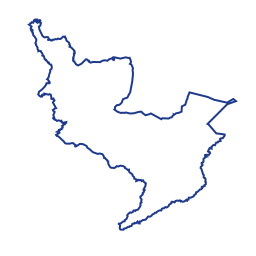 Zacualpan, México, Mexico (Robinson projection), rotated 94°
{"feature_id": "50627088B66940099023343", "entity_name": "Zacualpan", "entity_type": "district", "adm_level": 2, "iso_a3": "MEX", "parent_name": "Mexico", "parent_adm1": "México", "projection": "robinson", "projection_center": [-99.827, 18.714], "detail": "fine", "context": "isolated", "style": "outline", "palette": "blue", "viewbox_px": 256, "rotation_deg": 94, "n_neighbors": 0, "source": "geoboundaries", "source_scale": "gbopen_adm2", "svg_char_len": 5847}
<svg xmlns="http://www.w3.org/2000/svg" viewBox="0 0 256 256"><g transform="rotate(94 128 128)"><path d="M81.1,127.0L73.5,126.8L69.6,127.5L68.1,127.2L64.5,129.0L63.9,130.5L63.0,129.9L61.4,129.6L58.0,131.2L58.2,131.5L57.7,135.3L59.3,140.4L58.4,146.8L58.7,148.0L59.0,148.0L60.5,146.6L61.2,146.9L60.7,148.0L59.6,148.9L59.7,149.4L61.0,151.9L62.3,153.1L62.1,156.5L63.1,159.0L64.2,160.2L64.6,167.7L65.4,169.7L65.0,170.9L63.9,171.4L64.2,171.9L62.7,173.2L62.4,174.7L67.2,179.0L69.1,182.2L67.9,184.5L66.8,185.1L66.0,186.1L65.2,186.2L65.0,187.2L63.9,187.6L63.0,187.2L62.3,187.6L61.9,187.2L61.3,187.5L59.6,186.9L57.9,187.2L57.7,186.7L57.3,186.9L56.8,186.4L56.4,186.8L55.7,187.0L55.5,186.6L54.6,186.9L51.6,190.3L51.0,192.0L49.5,191.6L48.9,192.4L48.2,192.2L46.9,192.9L45.1,195.5L42.9,196.1L42.2,197.2L41.2,197.2L41.4,199.2L43.3,200.8L44.0,201.9L43.7,204.1L44.5,205.0L44.4,206.8L45.2,208.1L45.1,209.1L46.1,210.0L45.9,211.3L45.5,211.3L45.2,212.1L45.8,213.7L45.6,213.9L44.1,213.4L43.1,214.0L42.9,215.1L43.4,217.7L42.3,219.6L36.2,223.1L33.1,224.0L32.0,222.6L29.2,222.2L28.7,224.1L27.1,222.9L26.7,223.0L26.5,223.7L27.2,225.7L29.2,225.8L28.8,226.6L26.1,226.5L26.4,228.5L27.0,229.2L27.9,228.3L28.1,229.5L29.6,230.0L29.2,231.4L30.2,232.0L30.7,233.1L31.6,233.3L31.8,233.8L33.5,231.3L35.4,232.1L36.7,231.4L36.7,231.1L36.3,231.1L36.9,230.2L37.7,231.0L38.0,230.2L38.8,230.3L39.2,229.7L39.9,229.8L40.2,229.4L42.2,228.9L43.3,227.6L45.9,225.7L47.3,225.6L49.9,226.3L50.3,225.8L51.9,225.4L54.0,223.8L55.1,223.8L57.0,223.0L57.1,222.6L57.5,222.6L57.1,222.0L57.5,220.2L58.0,220.2L59.6,218.7L60.7,218.2L61.7,218.5L62.2,216.9L65.0,216.0L65.7,214.5L66.3,214.6L66.9,213.5L68.1,212.6L68.0,211.8L68.5,211.4L69.0,211.6L70.3,209.7L70.2,209.0L72.6,208.2L74.3,208.4L75.6,209.7L77.0,209.5L81.4,210.6L82.8,210.6L85.0,212.1L85.5,211.1L87.1,209.8L87.6,210.2L88.1,209.3L88.8,209.4L89.1,212.5L90.4,212.7L92.9,214.2L95.8,216.7L97.9,219.2L100.7,219.9L102.0,218.7L102.8,217.3L102.8,216.8L101.5,216.3L102.1,215.6L100.5,215.0L100.7,213.8L99.5,213.9L100.3,209.7L99.7,208.7L100.1,207.4L102.7,206.6L104.1,206.6L104.4,206.1L103.5,203.5L103.9,204.4L105.0,204.2L105.6,203.3L107.8,204.7L113.2,201.2L113.3,201.8L115.3,204.2L116.2,203.6L117.1,202.3L120.3,203.4L122.8,202.3L122.9,203.1L123.5,203.4L124.2,202.5L123.8,202.1L125.0,201.3L125.0,200.5L125.9,199.3L125.3,198.0L125.3,197.0L125.9,195.6L125.6,195.1L126.2,195.0L126.6,194.7L126.4,194.4L127.4,193.7L126.4,190.0L127.4,190.2L127.9,190.9L128.8,191.3L128.9,191.8L128.3,191.8L128.3,192.3L129.7,192.8L130.5,193.9L131.2,193.3L132.2,193.2L132.9,194.2L133.7,194.4L135.1,197.6L134.9,195.8L136.7,198.3L137.1,196.2L137.5,196.0L139.9,199.3L140.8,198.6L141.2,196.9L145.9,191.1L147.4,189.9L147.9,188.7L147.7,185.2L147.0,182.9L147.0,181.4L147.4,181.2L148.7,179.0L149.6,179.5L150.0,179.4L150.1,178.8L147.2,174.8L147.2,171.9L148.8,168.1L150.5,167.2L152.1,164.4L154.5,161.5L156.0,156.3L155.4,154.5L155.9,151.7L157.8,150.2L159.5,149.8L159.6,148.6L160.6,148.0L161.1,146.9L162.5,146.1L162.7,145.4L165.1,145.2L168.0,143.3L168.8,142.2L168.8,138.6L166.8,136.5L167.1,135.1L166.1,133.0L166.3,130.5L167.1,128.5L168.1,128.3L168.6,127.0L169.9,125.3L169.5,124.1L171.0,124.0L172.2,123.3L173.9,120.4L175.2,120.1L176.7,118.4L178.1,118.2L178.8,115.9L180.4,116.1L180.2,115.5L178.9,113.7L179.3,113.1L178.9,111.6L180.0,110.8L179.2,109.8L179.2,109.2L180.4,108.7L181.9,106.4L182.4,106.7L183.0,106.4L184.7,106.6L187.6,107.9L188.5,107.1L188.9,108.1L189.8,107.6L190.9,107.8L191.8,108.8L193.1,108.6L195.7,110.9L196.9,110.7L198.4,109.4L200.2,109.8L201.3,109.3L202.3,110.4L204.3,110.1L205.6,110.5L208.8,112.4L209.3,114.3L210.2,114.9L209.8,115.7L209.9,116.7L211.1,117.1L211.8,117.9L212.3,118.9L212.0,119.4L212.1,120.1L214.1,122.1L215.1,122.7L216.2,122.2L218.9,123.2L220.0,124.7L221.3,124.9L221.6,126.3L223.7,128.6L224.1,130.5L224.4,130.5L224.9,129.7L225.9,129.1L228.3,129.3L229.2,129.0L229.7,128.6L229.9,127.5L229.7,125.4L228.6,124.9L228.0,122.6L227.0,121.7L226.5,120.5L226.5,119.8L225.8,119.2L225.6,117.8L223.2,116.9L222.9,115.1L222.2,114.7L222.5,113.9L222.4,113.4L220.7,112.0L222.4,110.9L222.4,109.7L220.4,109.8L220.2,108.4L218.9,107.0L218.2,104.0L214.9,101.7L214.9,99.9L213.9,98.4L212.5,97.6L211.7,96.0L210.6,95.2L210.5,93.8L209.6,93.3L208.1,91.1L207.9,89.0L206.6,88.8L205.8,88.0L205.6,86.6L204.3,85.3L204.6,83.9L204.0,83.0L202.9,82.0L201.6,81.6L200.1,79.5L199.2,79.7L198.5,79.1L198.5,77.6L199.0,76.6L198.8,76.1L197.5,75.5L196.9,73.8L197.1,72.2L196.6,71.3L196.7,70.8L197.5,70.4L197.1,69.7L197.8,68.7L197.2,66.4L196.1,65.5L196.4,64.2L195.4,64.3L195.5,63.3L195.1,62.6L194.1,62.8L193.2,62.4L193.2,60.7L191.5,57.6L190.4,57.4L188.9,55.6L187.5,55.7L186.7,54.0L184.4,52.1L184.2,51.1L183.3,50.0L182.8,49.7L181.9,50.4L181.3,50.0L181.2,48.8L180.5,47.5L179.8,47.9L178.7,46.5L178.0,46.5L176.6,46.5L176.2,47.2L173.7,47.0L172.6,47.7L172.6,48.4L171.8,49.1L169.6,49.1L169.0,49.9L163.7,51.9L162.9,52.8L161.6,52.6L160.1,51.1L159.1,51.2L158.6,52.0L157.7,52.1L156.6,50.4L153.3,50.5L152.5,49.3L151.7,49.2L151.2,47.8L150.8,49.0L149.7,49.3L149.3,48.5L149.2,45.6L147.5,44.4L146.4,44.7L146.1,46.3L145.7,46.6L142.4,45.2L142.8,43.2L141.2,43.6L140.9,43.0L139.6,42.3L139.0,41.4L139.1,40.0L136.5,39.1L136.1,37.4L135.4,37.3L134.4,34.7L132.6,35.5L132.0,35.0L131.5,32.7L128.8,31.0L127.8,31.1L127.7,31.5L127.2,39.6L118.8,47.9L118.4,48.9L97.4,30.7L93.7,22.2L91.7,25.0L95.8,31.0L93.8,44.1L91.5,50.6L88.2,69.1L93.0,70.7L94.5,70.7L95.6,71.3L100.8,72.5L102.7,75.8L107.9,75.7L109.2,78.1L110.0,81.1L111.5,82.8L111.3,83.2L111.7,83.1L112.8,84.4L114.3,85.1L114.8,86.8L115.7,88.0L115.9,94.5L116.9,95.4L111.9,106.2L112.8,107.7L114.0,111.4L112.3,114.2L110.8,115.8L111.2,118.4L112.9,123.2L113.4,126.9L112.7,131.1L113.2,132.8L113.1,134.1L113.5,136.1L112.6,139.4L110.5,142.9L109.7,142.4L107.9,142.4L105.9,140.5L105.7,138.9L105.2,137.9L103.4,136.2L99.5,134.9L97.7,130.8L92.1,128.3L81.1,127.0Z" fill="none" stroke="#1e3a8a" stroke-width="2"/></g></svg>